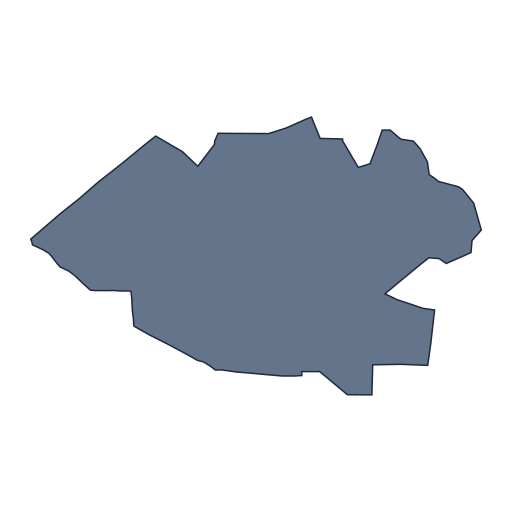 Al-Mahaweel, Babil, Iraq, rotated 180°
{"feature_id": "34846034B9794416366933", "entity_name": "Al-Mahaweel", "entity_type": "district", "adm_level": 2, "iso_a3": "IRQ", "parent_name": "Iraq", "parent_adm1": "Babil", "projection": "albers", "projection_center": [44.636, 32.675], "detail": "fine", "context": "isolated", "style": "filled", "palette": "slate", "viewbox_px": 512, "rotation_deg": 180, "n_neighbors": 0, "source": "geoboundaries", "source_scale": "gbopen_adm2", "svg_char_len": 1384}
<svg xmlns="http://www.w3.org/2000/svg" viewBox="0 0 512 512"><g transform="rotate(180 256 256)"><path d="M481.3,272.8L480.3,270.6L479.5,267.1L469.7,262.6L462.9,258.6L459.5,254.5L455.3,249.0L451.9,245.0L443.4,241.0L437.4,236.5L427.2,226.9L421.7,221.9L417.1,221.4L407.7,221.4L398.0,221.5L391.6,221.0L382.7,221.0L381.0,220.5L380.2,213.4L379.7,201.9L378.5,192.3L378.4,188.3L378.0,185.8L362.8,177.2L345.0,168.2L325.1,157.6L314.5,151.6L308.5,150.1L301.3,145.6L296.7,142.0L290.3,142.1L275.5,140.0L263.2,139.0L252.7,138.0L229.8,136.0L221.4,136.0L217.5,136.0L211.3,136.4L210.2,136.4L210.2,140.4L192.3,140.4L164.6,117.3L140.1,117.1L139.3,147.2L111.4,147.7L84.3,146.6L81.3,167.8L77.4,202.0L88.8,203.6L114.8,212.3L127.0,218.2L125.9,219.1L107.8,234.2L91.2,247.8L83.2,254.2L72.8,253.4L65.8,248.5L53.0,254.1L41.0,259.4L40.0,270.9L40.0,271.4L30.7,282.0L38.3,308.8L49.4,322.5L53.2,325.1L68.8,329.3L73.2,330.4L78.6,334.6L82.8,337.3L84.6,350.2L91.9,363.3L98.6,370.9L111.0,372.8L113.9,375.1L121.8,381.9L129.8,381.9L135.2,366.1L140.3,352.8L141.9,348.3L146.5,346.8L153.7,344.6L160.4,355.9L166.4,366.1L169.4,371.1L169.4,373.0L191.9,373.6L200.5,394.9L206.3,392.7L226.4,383.8L243.5,378.4L293.9,378.7L297.1,371.4L297.7,367.4L314.2,345.7L329.5,360.3L356.3,375.9L366.0,368.3L390.6,348.1L414.3,329.5L432.9,313.3L452.0,298.1L479.5,274.4L481.3,272.8Z" fill="#64748b" stroke="#1e293b" stroke-width="1.5"/></g></svg>